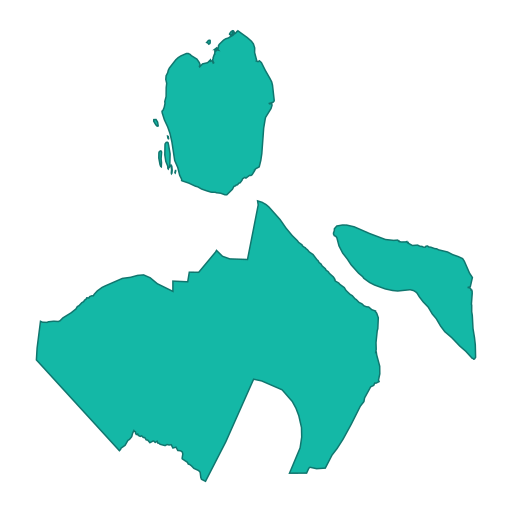 the district of Bengkalis, Riau, Indonesia
{"feature_id": "22746128B45456061674897", "entity_name": "Bengkalis", "entity_type": "district", "adm_level": 2, "iso_a3": "IDN", "parent_name": "Indonesia", "parent_adm1": "Riau", "projection": "equal_earth", "projection_center": [102.003, 1.525], "detail": "fine", "context": "isolated", "style": "filled", "palette": "teal", "viewbox_px": 512, "rotation_deg": 0, "n_neighbors": 0, "source": "geoboundaries", "source_scale": "gbopen_adm2", "svg_char_len": 6012}
<svg xmlns="http://www.w3.org/2000/svg" viewBox="0 0 512 512"><path d="M379.1,381.6L378.5,380.0L379.8,373.9L379.7,366.2L376.7,355.0L376.3,352.2L375.7,352.4L376.2,349.4L376.0,342.6L377.2,330.9L377.8,328.7L378.3,317.8L376.7,313.2L375.4,311.5L375.5,311.0L371.8,309.7L368.7,307.0L366.6,306.8L364.1,305.9L361.9,303.8L359.0,302.4L356.3,299.6L355.0,298.8L352.3,295.7L350.0,294.3L347.7,292.1L345.9,290.3L344.3,287.6L339.8,284.3L338.7,283.0L335.4,281.1L334.7,280.0L335.0,279.8L334.5,278.6L333.3,276.9L329.3,273.3L328.3,271.8L326.0,270.1L325.4,268.8L322.1,265.9L321.0,264.0L319.1,262.6L318.0,260.6L317.0,259.8L313.0,254.5L309.2,251.9L307.4,249.7L305.6,248.4L305.5,247.9L303.6,246.8L302.3,245.7L302.0,244.8L298.6,242.4L297.4,240.7L292.2,235.6L286.0,228.1L280.1,219.6L268.8,206.9L266.2,204.7L262.1,202.3L257.6,200.9L258.2,205.0L247.5,259.5L229.8,258.9L222.5,256.3L216.5,250.4L215.7,251.9L198.7,272.3L189.3,272.2L187.7,281.8L172.9,281.1L172.9,291.4L157.3,283.7L150.2,277.8L143.6,274.9L137.6,275.4L130.6,277.3L122.4,278.4L105.0,286.0L102.1,287.4L97.3,290.9L94.2,294.3L93.3,295.8L91.8,295.8L89.7,296.6L88.8,298.0L86.8,297.8L86.1,299.1L84.5,300.2L83.7,301.6L81.8,302.7L79.1,305.6L77.3,306.6L76.0,308.9L71.0,312.9L63.0,317.8L60.0,320.8L58.3,321.5L53.8,321.2L48.2,321.8L47.2,322.4L42.4,322.2L40.5,321.3L37.1,348.0L36.4,359.9L119.4,450.7L120.5,449.5L121.1,448.1L125.1,445.3L127.9,440.4L129.5,439.4L131.7,436.7L132.7,433.0L133.9,430.6L134.4,431.4L135.5,431.8L135.6,433.4L136.3,434.5L137.7,434.0L138.2,435.4L140.3,436.4L141.6,435.8L143.3,437.5L144.8,437.6L146.2,439.9L147.7,440.1L149.9,442.7L153.1,441.0L153.7,441.0L155.2,442.4L157.1,441.2L157.7,443.0L159.0,443.3L160.1,444.3L165.1,445.6L167.0,444.5L169.1,445.0L171.2,444.7L172.9,448.0L176.0,447.2L177.8,450.5L180.6,450.8L182.3,452.0L182.8,454.0L182.1,458.3L182.3,458.9L187.4,462.3L188.3,464.1L189.7,464.5L191.5,465.9L193.9,468.4L198.3,470.4L199.6,471.5L200.2,472.5L200.8,477.5L201.5,479.3L205.5,481.3L225.8,441.8L253.6,379.2L261.6,380.9L282.1,389.8L292.3,401.5L296.0,408.3L298.8,415.7L301.5,427.6L301.7,437.1L300.1,447.9L289.5,473.2L306.6,473.1L308.7,468.5L309.5,467.5L310.2,467.3L316.6,468.7L325.3,468.1L332.0,455.1L337.1,448.5L343.1,439.1L351.2,424.3L360.3,406.2L363.9,401.6L364.6,397.9L370.7,386.8L373.7,385.4L374.7,383.1L376.1,383.1L379.1,381.6ZM237.9,30.8L237.5,31.4L237.0,31.4L235.4,33.4L234.5,33.7L232.1,35.8L228.3,38.0L225.7,38.8L223.6,40.1L219.3,44.3L218.5,45.6L218.6,46.3L217.8,49.4L218.5,50.2L217.1,49.9L215.0,51.8L214.6,53.7L214.8,54.2L214.2,54.7L213.1,57.8L213.3,58.3L212.5,59.8L213.7,62.8L213.2,63.1L212.4,61.3L211.7,60.8L210.4,61.4L210.3,60.0L207.6,62.7L202.5,63.9L199.7,66.9L199.4,66.4L200.0,65.2L199.9,64.1L199.1,62.3L196.9,59.1L191.1,55.5L190.4,54.6L188.3,53.5L186.4,53.5L180.9,55.9L178.2,57.6L175.8,59.8L169.4,68.0L168.3,70.2L167.7,72.7L166.1,75.8L165.8,79.4L166.7,83.4L166.2,87.6L166.1,96.5L164.8,101.5L165.0,103.5L164.2,107.3L163.0,110.3L162.0,111.2L162.2,112.9L164.4,119.8L167.7,126.9L170.0,133.5L171.9,141.9L174.7,160.5L177.8,167.6L179.7,175.4L181.6,179.2L181.6,180.5L182.0,180.8L188.8,183.1L195.4,186.2L197.7,186.8L201.5,189.0L206.6,190.8L211.2,192.2L215.5,192.3L216.2,192.7L220.6,193.2L225.0,194.8L226.8,194.8L232.4,189.3L233.9,186.4L235.6,185.8L236.2,185.0L237.5,184.8L238.8,183.2L240.1,182.8L242.0,180.3L242.6,178.8L244.8,177.4L245.9,178.1L249.5,175.4L250.9,175.5L252.1,174.7L254.5,170.9L254.5,170.0L255.0,170.0L255.5,168.9L259.2,166.9L260.8,160.4L261.8,153.7L263.7,128.0L265.2,119.0L265.6,117.3L271.0,108.6L272.0,105.3L271.8,103.7L269.5,103.8L269.3,103.4L273.1,102.2L274.0,101.2L274.2,100.4L272.5,85.1L271.7,81.9L269.9,78.4L265.3,70.4L261.4,62.6L259.4,60.8L258.0,61.7L256.3,61.0L256.7,60.5L254.6,52.5L254.7,48.0L253.4,43.9L251.5,41.3L247.3,37.6L237.9,30.8ZM342.5,225.0L336.8,226.0L334.4,228.7L334.3,230.7L333.5,233.0L333.5,234.0L334.3,235.7L335.8,236.3L336.9,237.9L339.0,245.9L342.7,253.1L347.3,259.0L351.1,264.8L358.5,273.1L362.7,276.7L363.8,278.3L369.6,282.5L374.5,285.0L385.2,288.9L392.6,290.5L397.7,291.0L410.1,289.7L413.6,290.6L415.7,291.9L417.1,293.2L419.3,296.8L423.2,301.9L428.2,307.1L432.3,314.0L436.2,318.6L440.6,326.1L444.8,331.7L451.8,337.7L459.7,346.0L465.7,351.2L472.2,358.3L473.1,358.5L473.7,359.2L474.5,359.0L475.6,357.3L475.3,344.9L474.5,337.7L473.0,328.5L472.3,315.5L471.7,311.7L471.7,305.0L471.4,304.3L472.2,293.5L472.1,291.1L471.7,290.0L471.1,290.1L470.8,288.9L469.6,287.8L467.6,287.5L470.3,286.7L472.4,277.5L469.5,273.1L464.3,261.2L462.6,258.6L458.3,256.6L452.6,254.6L447.6,252.0L438.5,249.8L436.7,248.8L434.7,248.6L430.8,247.2L428.8,247.0L427.6,246.0L426.0,246.2L425.2,247.2L423.5,247.2L422.0,246.4L420.0,246.3L417.6,245.1L412.4,245.5L408.6,243.4L408.2,242.5L407.6,242.8L406.9,241.5L406.0,241.9L401.5,242.0L399.2,241.6L399.0,241.0L398.7,241.2L397.7,240.1L393.6,240.4L385.4,239.5L369.5,233.5L354.2,226.8L346.8,225.1L342.5,225.0ZM168.7,167.7L169.2,167.5L169.8,165.6L170.1,153.9L168.6,145.1L168.0,142.6L167.2,142.2L166.2,142.4L165.1,143.9L165.0,144.8L164.8,154.8L165.8,161.4L167.7,166.1L167.9,168.6L168.3,169.0L168.7,167.7ZM161.3,166.8L161.5,162.7L161.1,158.8L161.6,152.1L161.2,151.1L160.3,150.9L159.1,152.0L158.9,152.9L158.8,158.0L160.0,164.5L160.7,166.4L161.3,166.8ZM156.0,119.5L153.8,119.6L153.7,121.2L155.8,124.8L157.2,126.2L158.2,125.9L157.6,122.1L156.0,119.5ZM210.2,42.3L210.1,40.4L209.4,40.2L208.4,40.5L206.7,42.5L207.6,42.8L208.8,44.2L209.9,43.5L210.2,42.3ZM232.1,34.5L232.5,32.7L232.8,32.1L233.4,31.6L233.9,31.6L233.5,30.9L232.7,30.7L231.2,31.5L229.6,33.7L229.6,34.4L231.1,34.8L232.1,34.5ZM171.9,173.2L172.2,170.3L171.8,166.2L171.2,165.3L170.9,166.0L171.6,169.2L171.3,173.0L171.5,173.7L171.9,173.2ZM232.2,34.5L233.0,34.5L234.1,33.5L234.4,32.5L234.0,31.8L232.7,32.3L232.2,34.5ZM168.7,139.3L168.2,136.5L167.6,136.2L167.8,137.9L168.7,139.3ZM214.6,51.6L216.9,49.2L216.9,48.6L215.1,50.0L214.6,51.6ZM175.2,173.0L175.7,171.1L175.6,169.9L174.9,172.7L175.2,173.0ZM215.3,49.5L216.1,48.9L216.2,48.2L214.5,49.5L215.3,49.5ZM230.1,36.7L230.9,36.5L232.0,35.8L230.7,35.7L230.1,36.7Z" fill="#14b8a6" stroke="#0f766e" stroke-width="1.5"/></svg>